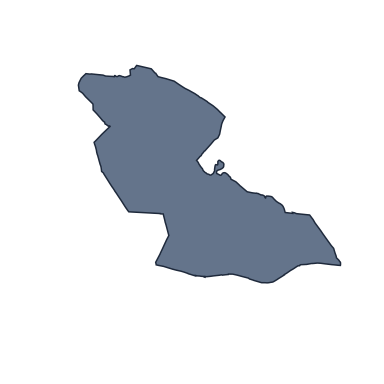 Bērzgales pag., Rezeknes, Latvia, rotated 223°
{"feature_id": "27541924B18969922609426", "entity_name": "Bērzgales pag.", "entity_type": "district", "adm_level": 2, "iso_a3": "LVA", "parent_name": "Latvia", "parent_adm1": "Rezeknes", "projection": "natural_earth1", "projection_center": [27.495, 56.631], "detail": "fine", "context": "isolated", "style": "filled", "palette": "slate", "viewbox_px": 384, "rotation_deg": 223, "n_neighbors": 0, "source": "geoboundaries", "source_scale": "gbopen_adm2", "svg_char_len": 5859}
<svg xmlns="http://www.w3.org/2000/svg" viewBox="0 0 384 384"><g transform="rotate(223 192 192)"><path d="M90.3,255.4L100.6,247.6L101.5,247.1L102.6,246.8L104.7,245.6L103.8,245.0L109.8,240.6L110.3,240.8L111.6,241.6L112.7,242.3L113.7,242.8L115.2,243.4L115.7,243.6L116.4,243.7L116.9,243.8L117.6,243.8L119.5,243.6L121.2,243.1L123.1,242.8L123.7,242.7L124.4,242.7L127.5,242.8L128.1,242.9L129.9,243.0L130.5,242.9L131.3,242.5L132.9,241.4L133.7,240.8L134.4,240.1L134.7,239.9L134.8,239.3L134.7,238.7L134.5,238.3L134.1,238.0L134.1,237.8L134.5,237.7L135.2,237.9L136.1,238.4L137.0,238.3L137.3,238.3L138.1,237.9L138.9,237.6L139.4,236.9L139.7,236.9L140.3,236.7L140.6,236.6L141.0,236.4L142.3,236.1L142.5,236.0L142.8,235.9L143.1,235.6L143.3,235.4L143.5,235.4L144.0,235.2L144.6,234.5L147.2,232.6L151.8,229.8L160.3,229.4L161.4,229.3L162.4,229.4L163.9,229.4L166.2,229.4L166.7,229.4L167.6,229.2L172.3,227.9L172.9,228.4L173.3,228.6L173.8,228.8L174.1,228.9L174.6,229.0L175.6,228.9L176.3,228.9L176.9,229.1L178.5,229.1L179.6,229.0L181.0,228.6L181.6,228.1L182.1,227.5L182.3,227.0L182.5,226.3L182.3,225.5L182.3,224.8L182.2,224.3L182.7,223.5L185.4,222.8L186.4,222.4L186.6,222.5L187.1,222.8L188.1,223.8L188.2,224.0L188.1,224.3L187.9,225.7L187.6,226.2L187.2,226.9L186.8,227.5L186.1,229.4L185.9,231.1L186.0,231.7L186.4,232.5L186.6,232.7L186.8,233.0L187.1,233.3L187.3,233.6L187.4,233.8L187.8,234.2L188.6,234.5L189.3,234.6L189.8,234.6L190.4,234.4L190.8,234.3L191.3,234.2L192.8,234.2L193.7,233.8L193.9,233.5L194.0,233.2L193.9,232.1L193.8,231.9L193.7,231.7L193.4,231.4L193.1,231.1L192.7,230.7L192.5,230.4L192.4,230.3L192.3,230.2L192.1,230.0L192.0,229.7L191.9,229.4L192.0,229.3L192.1,228.9L192.5,228.8L193.1,228.4L193.3,228.2L193.3,227.6L193.1,227.2L192.8,226.7L192.5,226.2L191.0,224.0L190.2,223.2L189.8,222.6L189.6,221.9L189.6,221.4L189.2,220.4L189.1,220.1L189.1,219.7L189.3,219.4L189.4,218.7L189.5,218.3L189.7,217.4L190.0,217.0L190.5,216.7L190.9,216.5L191.3,216.5L191.8,216.4L192.3,216.1L193.0,215.7L193.5,215.5L193.8,215.5L194.5,215.6L194.8,215.5L195.2,215.3L195.6,215.3L196.0,215.2L196.6,215.2L196.9,215.3L197.2,215.3L197.8,215.2L198.2,215.3L199.0,215.5L199.3,215.7L199.7,215.9L200.5,216.2L201.5,216.2L201.7,216.3L201.9,216.4L202.4,216.4L203.3,216.5L203.6,216.5L203.8,216.7L204.6,216.9L205.5,217.0L207.0,217.6L207.8,217.9L208.7,218.0L209.7,218.2L210.2,218.2L210.3,222.2L210.4,223.3L210.1,224.9L210.6,226.4L210.6,227.8L210.8,229.9L210.9,230.2L210.6,230.8L210.7,233.6L210.8,239.7L211.1,244.8L211.1,245.3L210.0,249.2L211.2,253.1L212.6,255.3L214.0,257.6L215.6,260.3L216.4,261.5L217.1,263.0L218.0,265.4L219.0,269.4L225.7,269.6L225.8,269.5L227.4,269.6L229.5,269.7L229.9,269.7L230.1,269.7L235.5,269.4L241.5,268.4L242.5,268.5L245.8,267.9L249.4,267.2L250.0,266.9L250.5,266.6L251.0,266.6L252.3,266.5L253.6,266.5L254.1,266.3L256.9,265.9L261.3,264.8L263.1,264.4L267.8,263.0L271.0,262.4L275.1,261.7L280.6,260.9L288.4,257.1L292.1,255.0L295.5,253.2L298.4,253.8L299.4,254.1L299.6,254.0L300.5,253.8L304.4,254.2L305.8,254.3L308.8,252.6L311.4,251.1L318.5,247.0L318.8,246.8L318.3,242.7L319.7,241.7L319.8,241.4L320.6,239.0L317.0,235.8L316.7,235.5L316.9,234.9L317.1,234.6L317.2,234.0L317.9,232.6L318.5,231.4L319.0,230.8L319.1,230.5L319.3,230.1L319.9,229.9L320.8,229.5L321.4,229.0L323.0,228.4L324.3,227.7L324.6,227.5L324.7,227.3L324.9,227.0L325.1,226.2L325.3,225.6L325.5,225.3L326.3,224.8L326.9,224.7L327.4,224.7L327.8,224.6L327.9,224.4L327.7,224.2L327.5,223.8L327.4,223.5L327.4,223.4L327.7,223.1L328.0,223.1L334.2,217.9L336.8,216.8L344.8,210.7L346.0,209.8L347.2,208.5L350.3,206.2L350.4,204.0L350.5,203.4L350.6,199.6L349.9,197.2L349.2,194.9L348.0,192.7L343.5,189.1L341.9,189.4L340.6,189.5L339.6,189.7L334.9,189.1L327.4,188.9L324.6,188.8L324.0,188.4L322.5,186.9L320.3,184.6L315.1,184.3L309.4,183.7L306.9,183.3L306.7,183.4L305.1,183.2L303.5,183.5L303.1,183.1L302.7,182.9L302.0,182.5L301.9,182.5L301.7,182.5L301.4,182.6L301.0,182.8L300.6,183.0L300.4,183.0L299.9,182.9L299.6,182.9L299.4,183.0L298.9,183.2L298.7,183.2L298.4,183.1L298.2,183.0L297.9,183.2L297.7,183.4L297.7,183.5L297.5,184.0L297.3,184.1L297.1,184.1L296.8,184.2L296.6,184.1L296.6,183.8L296.7,182.9L297.1,176.2L297.3,172.4L297.3,170.2L297.4,162.7L297.5,161.6L295.9,160.6L293.6,159.4L290.6,157.5L288.7,156.0L286.6,154.7L286.2,154.6L284.6,153.6L283.1,152.7L281.7,151.8L278.1,149.6L276.1,148.6L274.9,147.7L272.1,145.4L269.7,145.5L268.8,145.1L264.2,143.9L260.4,142.9L258.6,142.4L254.2,141.3L252.2,140.9L250.1,140.4L249.3,140.1L246.4,139.5L242.3,138.5L237.6,137.4L233.4,136.3L231.1,135.7L229.0,135.2L228.8,135.2L226.6,134.7L224.7,134.4L200.4,154.7L200.2,154.5L199.7,154.9L199.3,155.2L198.1,156.3L192.8,152.9L191.1,151.7L188.5,150.2L179.3,144.4L178.9,143.1L178.0,139.8L175.8,133.1L174.6,129.5L174.3,128.5L173.3,125.4L173.1,125.0L170.6,115.8L168.7,114.5L168.5,114.3L166.4,115.5L162.1,118.2L153.8,122.2L149.9,124.3L146.2,126.5L143.2,128.0L140.0,129.4L139.6,129.7L139.1,129.6L137.0,130.7L136.1,131.1L132.2,133.0L132.6,133.3L130.9,134.3L129.2,135.7L127.7,136.7L125.4,138.6L125.1,138.1L124.4,138.5L125.0,139.0L123.6,140.0L121.1,142.8L119.0,145.4L115.2,149.8L113.9,151.6L113.2,151.8L110.9,154.5L109.1,156.5L109.2,156.8L109.3,156.9L106.2,159.7L102.3,162.0L97.9,164.3L92.0,167.5L90.6,167.6L89.8,168.0L87.3,169.2L86.7,169.4L79.3,173.1L76.8,175.4L75.1,176.8L74.0,178.0L72.9,179.5L72.5,180.0L72.1,180.5L71.5,181.3L71.0,182.7L71.0,182.9L70.7,183.7L70.1,185.9L69.5,188.4L69.0,190.2L67.9,194.4L68.2,194.5L67.4,197.2L66.4,201.9L65.6,204.4L64.2,210.2L63.0,211.5L63.2,212.6L62.6,213.3L58.8,217.2L56.0,221.0L54.5,222.5L52.6,224.7L52.0,225.4L49.5,227.5L45.3,230.5L45.2,230.6L40.1,234.3L38.6,235.5L35.0,238.2L33.4,239.5L34.1,240.5L35.2,241.6L35.8,241.9L36.6,241.9L38.2,242.3L41.5,242.4L42.8,243.4L46.1,245.1L50.0,247.4L52.0,247.6L53.7,247.8L59.7,249.0L68.5,250.8L71.0,251.4L81.1,253.3L82.0,253.6L84.6,254.4L90.3,255.4Z" fill="#64748b" stroke="#1e293b" stroke-width="1.5"/></g></svg>